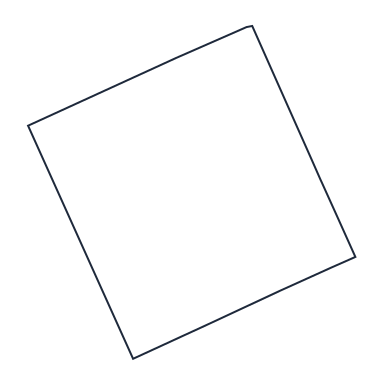 the district of Kendall, Illinois, United States of America, rotated 67°
{"feature_id": "52423323B87948005575599", "entity_name": "Kendall", "entity_type": "district", "adm_level": 2, "iso_a3": "USA", "parent_name": "United States of America", "parent_adm1": "Illinois", "projection": "natural_earth1", "projection_center": [-88.396, 41.591], "detail": "fine", "context": "isolated", "style": "outline", "palette": "slate", "viewbox_px": 384, "rotation_deg": 67, "n_neighbors": 0, "source": "geoboundaries", "source_scale": "gbopen_adm2", "svg_char_len": 376}
<svg xmlns="http://www.w3.org/2000/svg" viewBox="0 0 384 384"><g transform="rotate(67 192 192)"><path d="M62.7,71.7L61.5,77.3L62.4,154.1L66.9,317.0L322.5,311.4L320.9,257.5L320.1,230.1L318.7,189.5L317.3,149.6L316.0,93.9L315.6,67.0L315.1,67.0L272.4,67.9L233.9,68.8L231.0,68.9L209.3,69.2L146.4,70.3L146.0,70.3L62.7,71.7Z" fill="none" stroke="#1e293b" stroke-width="2"/></g></svg>